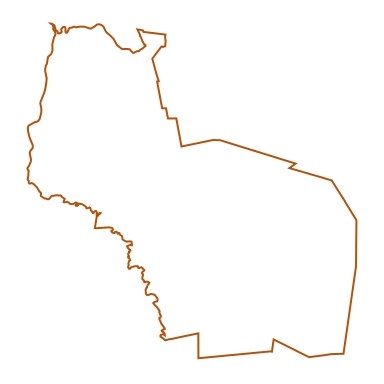 Gómez Farías, Tamaulipas, Mexico, rotated 181°
{"feature_id": "50627088B86207372499551", "entity_name": "Gómez Farías", "entity_type": "district", "adm_level": 2, "iso_a3": "MEX", "parent_name": "Mexico", "parent_adm1": "Tamaulipas", "projection": "robinson", "projection_center": [-99.073, 22.992], "detail": "fine", "context": "isolated", "style": "outline", "palette": "amber", "viewbox_px": 384, "rotation_deg": 181, "n_neighbors": 0, "source": "geoboundaries", "source_scale": "gbopen_adm2", "svg_char_len": 6004}
<svg xmlns="http://www.w3.org/2000/svg" viewBox="0 0 384 384"><g transform="rotate(181 192 192)"><path d="M26.7,120.5L27.1,166.7L38.1,183.8L38.8,185.2L52.6,206.1L95.0,217.6L88.9,222.2L164.9,244.3L167.6,244.3L171.8,244.4L203.3,237.3L209.0,265.3L217.3,265.1L219.4,275.2L223.3,275.2L228.8,301.8L227.2,302.1L229.4,308.6L234.0,324.6L225.1,336.9L224.6,337.0L223.8,336.5L221.9,337.2L221.4,337.2L221.4,337.4L221.0,342.3L221.6,346.4L221.3,348.9L224.5,349.3L243.3,351.2L243.9,352.7L249.4,353.6L246.8,348.3L247.4,348.2L246.8,348.0L246.5,346.8L245.7,345.7L244.2,341.8L243.1,340.2L242.3,338.6L242.1,338.7L241.2,338.3L241.2,337.8L241.1,337.0L242.5,336.0L243.3,335.1L246.8,332.8L247.8,331.9L249.5,331.7L252.3,330.3L253.7,330.2L256.8,333.6L260.4,333.9L261.3,333.9L262.3,333.7L263.8,333.7L264.8,333.9L267.8,336.3L269.2,337.2L271.1,340.1L273.0,343.6L276.7,347.2L277.2,347.6L280.0,349.9L281.2,351.4L283.3,355.6L284.6,356.8L285.4,357.3L286.7,357.8L287.7,358.1L290.1,357.7L291.8,356.1L295.8,353.6L297.1,353.7L302.4,355.4L307.2,355.4L310.6,354.6L312.9,355.3L314.7,354.3L317.0,354.0L317.9,353.2L319.4,349.5L320.2,349.0L320.9,349.2L321.3,350.1L321.4,353.6L322.0,354.8L323.0,354.9L323.4,354.8L323.6,354.7L323.8,354.6L324.1,354.4L324.3,354.2L324.8,353.4L325.0,353.2L325.3,352.9L325.4,352.7L325.5,352.4L325.6,351.6L325.4,350.9L325.2,350.5L325.2,350.4L325.1,350.0L325.2,349.7L325.4,349.3L325.7,349.0L325.9,348.8L326.0,348.7L326.6,348.6L327.1,348.4L327.5,348.3L327.9,348.2L328.1,348.2L328.3,348.2L328.7,348.3L328.8,348.4L329.0,348.6L329.1,349.4L329.2,349.5L329.2,349.9L329.3,350.1L329.5,350.4L329.9,350.6L330.1,350.8L330.4,351.0L330.8,351.4L330.9,351.5L331.1,351.8L331.4,352.5L331.5,352.7L331.8,353.4L331.9,353.9L332.0,354.7L332.1,355.1L332.2,355.5L332.5,356.1L332.7,356.4L332.9,356.6L333.4,356.9L334.2,357.3L334.7,357.6L335.2,357.8L335.8,358.0L336.1,358.0L334.5,356.9L333.9,355.8L333.6,354.4L333.6,352.5L333.1,351.4L331.9,349.9L331.2,347.6L331.9,345.5L332.7,344.3L334.3,336.9L333.9,332.9L334.1,330.8L334.8,328.5L335.5,327.1L337.4,325.5L338.1,324.9L338.4,323.9L339.4,317.4L340.4,315.7L341.0,311.7L340.8,309.9L339.3,303.3L339.6,298.5L340.6,292.1L341.6,288.4L345.0,279.4L345.2,277.7L344.1,273.1L344.1,268.6L345.6,262.3L347.1,260.3L348.9,259.3L350.5,259.1L352.6,257.7L356.1,255.8L356.8,255.1L357.3,253.6L357.0,250.1L355.5,244.1L353.9,240.1L352.4,237.0L352.0,235.5L352.1,233.1L354.3,230.3L354.8,228.9L354.9,227.5L353.7,222.4L353.6,221.8L353.6,220.7L353.7,219.6L354.6,217.3L355.5,215.2L357.0,212.9L356.5,211.3L355.7,210.6L355.9,207.3L355.9,206.3L355.9,205.5L356.3,203.3L356.6,202.5L356.6,201.8L356.2,201.1L355.4,200.5L355.4,198.8L355.3,198.3L354.9,197.7L354.5,197.5L353.8,197.6L352.5,198.2L351.9,198.0L350.5,197.2L347.9,194.7L347.1,194.0L344.5,189.7L343.0,188.6L342.8,187.6L343.2,186.0L342.6,185.0L339.9,183.3L339.4,183.0L339.0,182.9L337.8,183.0L336.8,182.4L336.0,182.2L335.6,182.2L335.0,182.4L334.0,183.3L333.4,184.4L332.4,185.4L331.7,185.9L330.5,185.8L330.0,185.8L328.3,186.3L327.2,186.4L325.4,186.1L324.8,186.2L324.3,186.3L323.9,186.3L323.5,186.3L322.9,186.1L322.4,185.6L322.2,184.9L320.1,183.5L319.3,183.0L319.2,182.7L319.3,182.2L319.9,181.2L320.2,179.7L319.7,179.4L317.0,179.9L316.5,179.9L315.3,179.3L313.3,177.8L311.9,177.8L310.5,178.0L310.1,178.2L308.1,179.4L306.9,179.1L306.9,178.5L307.8,177.3L308.1,176.7L307.7,176.2L306.8,176.1L306.2,176.3L305.3,177.1L304.9,178.4L303.7,178.4L302.8,177.9L301.7,177.9L300.4,177.2L297.8,175.4L297.2,173.9L296.3,173.9L294.0,174.8L293.3,174.2L292.8,171.8L291.6,170.8L291.2,169.7L290.9,169.3L290.5,169.2L289.9,169.6L289.8,170.0L289.5,170.4L288.9,171.0L288.4,171.2L287.7,171.3L287.1,170.7L286.9,170.0L286.8,169.5L287.1,168.1L287.0,167.4L286.7,167.0L286.2,166.8L285.8,166.9L285.4,167.2L285.0,168.1L284.9,168.8L283.9,169.4L283.1,169.3L283.3,168.9L284.4,168.3L285.3,166.9L285.8,166.5L286.7,166.6L288.5,154.2L287.3,154.1L274.4,155.2L271.5,154.8L271.0,154.5L270.7,154.2L270.4,152.9L270.8,152.4L271.9,151.9L271.9,151.4L271.7,150.9L271.3,150.6L270.9,150.1L269.7,149.7L268.8,149.6L268.4,150.5L267.4,151.0L267.0,151.0L266.6,150.8L265.9,149.6L265.4,149.1L264.5,149.9L263.7,149.5L263.7,148.7L263.2,148.0L261.3,146.8L261.0,146.0L260.7,143.8L260.2,143.2L259.6,142.7L258.0,141.8L256.4,141.1L255.6,141.4L253.8,141.5L251.9,141.4L251.6,141.2L251.4,139.6L251.0,138.0L251.2,137.6L251.5,137.7L252.3,138.3L254.5,137.3L255.8,136.8L255.9,136.3L254.7,134.5L254.4,134.1L252.7,132.8L252.6,132.2L253.4,131.8L253.9,131.4L253.8,131.1L253.6,130.4L254.7,129.4L254.7,128.4L254.6,128.0L253.9,126.9L254.0,126.4L254.7,126.1L254.6,125.7L254.6,125.2L253.5,124.6L253.2,123.9L252.7,122.5L253.5,122.1L253.9,121.4L254.1,120.2L254.4,119.2L254.3,118.9L254.0,117.8L254.2,117.2L254.6,115.9L254.1,114.7L253.5,114.1L252.8,114.1L251.6,115.6L250.0,116.2L247.3,116.9L245.1,116.8L244.7,116.6L244.6,116.2L244.7,115.7L244.0,115.1L243.3,115.1L242.6,115.5L241.7,115.8L241.2,115.8L239.7,114.6L239.1,113.6L238.5,113.4L238.3,113.0L238.9,112.2L240.2,111.2L240.5,110.6L240.5,109.6L239.6,108.9L239.4,108.2L239.6,107.6L240.0,106.5L240.2,105.2L240.0,103.8L238.4,102.6L238.1,101.0L237.7,100.9L237.2,101.0L236.2,101.6L234.3,101.4L233.2,100.6L233.6,99.5L234.8,98.2L235.3,95.7L236.0,95.3L236.7,93.1L236.3,89.7L235.9,88.7L234.9,88.3L233.5,88.3L231.5,89.3L228.8,89.0L227.0,88.0L225.4,85.9L224.7,84.7L224.5,84.0L224.9,82.1L227.2,81.5L228.5,80.7L228.8,80.3L228.4,79.7L227.3,78.3L226.2,77.3L225.8,76.9L225.0,76.2L224.3,75.3L223.5,74.1L222.8,73.3L222.5,72.9L222.3,72.0L222.6,71.5L222.5,70.9L222.2,70.2L221.8,69.0L221.0,68.0L221.2,67.0L221.2,66.0L222.4,65.6L222.4,64.5L222.0,63.5L221.4,62.3L221.1,61.6L220.6,60.1L219.5,58.7L218.2,57.0L217.4,55.7L216.9,55.2L216.8,54.6L219.3,53.5L219.9,52.7L219.5,52.0L217.6,51.1L217.2,50.3L216.7,49.1L216.7,48.2L217.9,49.1L218.6,49.2L220.7,48.6L221.1,48.0L221.0,46.7L219.3,45.9L217.4,44.4L217.0,43.8L215.9,43.3L215.7,43.5L214.5,43.7L212.7,44.3L208.6,44.9L208.5,45.0L207.5,45.3L183.2,50.8L182.7,25.9L110.9,34.0L109.3,33.7L107.8,46.0L72.1,28.9L58.6,30.9L49.3,32.4L37.7,32.9L26.7,120.5Z" fill="none" stroke="#b45309" stroke-width="2"/></g></svg>